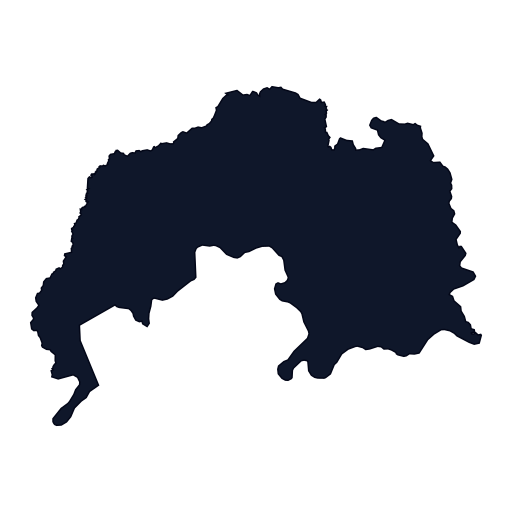 outline of Talensi, Upper East, Ghana
{"feature_id": "2480657B26285365473669", "entity_name": "Talensi", "entity_type": "district", "adm_level": 2, "iso_a3": "GHA", "parent_name": "Ghana", "parent_adm1": "Upper East", "projection": "albers", "projection_center": [-0.74, 10.642], "detail": "fine", "context": "isolated", "style": "filled", "palette": "ink", "viewbox_px": 512, "rotation_deg": 0, "n_neighbors": 0, "source": "geoboundaries", "source_scale": "gbopen_adm2", "svg_char_len": 5951}
<svg xmlns="http://www.w3.org/2000/svg" viewBox="0 0 512 512"><path d="M43.7,281.9L43.3,285.5L41.3,288.1L41.7,290.3L39.5,293.2L37.5,293.5L35.7,297.8L36.2,301.3L38.9,305.3L37.1,307.9L32.2,312.4L32.0,315.3L33.6,318.0L33.4,319.4L30.7,322.6L31.7,328.9L33.8,330.6L36.6,330.4L37.7,331.4L38.5,335.5L40.2,337.6L42.2,343.1L41.7,345.6L42.5,347.1L46.5,349.3L50.2,349.7L51.1,351.4L55.3,354.8L55.2,360.7L55.9,363.2L54.5,364.3L53.1,366.5L52.9,368.1L52.1,368.6L53.2,369.9L51.2,370.8L52.3,374.7L51.8,376.8L58.2,378.9L73.2,374.8L77.6,377.3L79.8,381.9L79.6,384.8L75.7,389.7L73.9,394.4L69.6,401.5L67.9,403.5L61.2,408.4L53.0,418.7L53.0,421.7L53.7,423.1L54.6,424.4L56.5,425.3L61.3,425.0L66.5,421.9L70.7,416.7L74.4,408.0L81.3,401.0L86.2,397.5L89.5,391.5L98.5,385.2L80.1,340.6L79.4,325.2L115.0,304.9L116.9,306.6L119.2,307.4L128.8,308.6L131.0,310.4L133.1,313.4L133.6,316.1L135.8,320.1L139.4,321.7L141.9,321.1L142.7,323.8L147.1,326.5L149.2,323.3L148.6,318.9L148.9,313.4L150.8,306.2L151.6,299.9L152.7,298.7L154.5,298.1L162.4,300.1L167.3,299.0L172.7,296.1L177.4,291.2L190.7,280.8L194.0,279.4L195.8,277.3L194.7,252.2L196.1,248.5L197.5,247.1L202.3,245.0L209.7,246.0L213.7,245.2L216.0,245.6L220.2,247.6L226.6,254.3L233.9,257.4L237.3,257.9L240.3,256.6L244.7,252.4L249.0,251.5L256.1,248.0L262.2,246.2L269.3,246.0L272.4,247.9L279.0,255.3L281.9,256.5L283.8,260.1L285.1,270.1L288.3,277.2L288.1,278.5L287.3,280.5L285.0,282.7L280.8,284.0L278.0,282.9L276.0,284.0L274.6,288.8L275.7,294.1L279.8,299.3L282.2,300.8L288.0,301.9L290.3,302.9L296.7,307.6L300.8,311.6L302.0,313.8L303.9,321.9L308.5,331.0L309.1,333.8L307.5,338.4L294.1,351.3L287.9,360.0L283.9,361.6L278.6,366.0L277.8,369.2L278.3,373.8L282.0,378.3L285.3,380.1L288.0,380.3L291.3,378.6L292.0,377.6L292.4,370.3L293.5,368.0L301.2,360.7L304.1,360.1L307.1,360.7L307.9,361.6L308.7,370.8L311.4,375.2L314.7,377.3L317.7,378.0L324.1,378.1L325.5,377.6L330.4,373.9L334.2,364.6L336.7,362.3L341.7,353.9L348.2,349.1L355.4,346.4L357.4,346.1L362.9,347.6L365.7,349.5L369.7,348.9L377.7,346.3L381.3,346.8L383.9,349.0L388.1,348.8L391.4,349.9L395.9,352.4L396.4,353.8L397.9,354.8L403.8,356.3L406.2,355.8L409.4,353.7L414.4,354.0L419.1,353.0L427.7,339.6L434.0,334.0L441.1,329.7L444.5,329.5L450.1,330.8L454.4,333.3L457.0,335.9L469.2,342.3L474.2,344.2L479.2,343.1L481.3,335.3L480.7,334.4L478.1,335.0L475.6,332.7L473.2,334.3L471.6,333.8L471.4,332.8L474.6,332.0L474.2,329.7L471.1,328.8L470.4,324.8L468.2,322.4L465.7,321.7L464.3,316.4L461.1,311.1L460.6,306.7L454.0,300.9L452.5,296.4L449.2,294.6L450.0,292.5L453.7,289.0L463.0,285.8L473.9,279.5L475.5,276.2L473.1,272.0L461.4,268.0L459.6,265.7L460.2,261.7L465.2,255.5L465.8,253.3L461.3,246.5L460.0,246.4L458.9,247.9L457.3,244.9L456.0,239.4L460.2,233.3L460.3,231.5L455.7,225.0L451.8,222.2L452.3,218.1L454.6,213.9L453.8,210.8L450.9,208.5L448.8,203.3L449.3,201.1L451.3,198.6L451.6,196.5L449.8,191.2L451.7,188.7L451.6,185.3L450.5,183.0L451.8,179.4L450.0,172.9L447.6,169.1L445.1,167.0L442.9,166.3L439.9,162.2L433.2,162.6L430.4,160.6L433.7,155.9L427.9,143.9L422.6,139.4L421.8,136.8L422.0,133.2L420.3,127.9L420.5,126.3L417.3,125.3L415.1,123.6L413.3,124.7L407.6,123.3L404.8,124.2L399.0,124.0L391.5,119.6L388.1,120.5L384.8,122.5L383.8,121.6L381.2,121.0L376.4,117.5L375.3,117.7L373.5,118.3L371.7,120.4L369.8,125.2L371.2,127.8L377.5,130.1L378.6,134.8L380.9,137.7L385.0,140.2L381.8,147.5L375.7,148.3L373.3,149.9L363.2,148.5L359.6,149.9L355.8,150.2L355.6,148.5L353.2,144.6L352.3,141.0L346.5,140.4L340.5,138.0L339.6,138.8L337.6,144.1L334.9,146.1L334.8,148.4L333.9,150.1L331.7,149.8L330.9,147.4L329.7,146.4L328.3,147.0L327.9,145.9L329.0,140.4L328.6,139.3L329.9,137.4L328.3,135.8L326.8,132.4L325.5,132.4L325.3,129.0L324.5,127.9L326.4,126.6L324.8,119.1L326.1,117.1L326.1,114.6L325.3,114.5L326.5,113.2L326.1,111.2L327.0,110.3L326.3,110.1L326.7,109.3L325.9,108.2L326.6,106.5L325.2,106.3L325.4,104.6L324.2,102.1L321.4,102.5L320.6,99.9L319.6,99.2L316.1,102.5L311.5,102.5L300.0,98.2L298.0,94.5L295.5,93.0L282.6,89.2L280.9,87.3L278.4,87.8L272.0,86.7L269.7,89.3L267.1,87.8L263.5,89.0L260.5,91.8L259.6,93.8L259.7,96.2L257.7,95.0L256.5,92.9L253.4,91.6L252.6,91.5L249.9,95.6L247.0,94.5L242.9,95.1L237.0,90.5L225.8,93.3L227.9,94.9L226.1,95.5L222.8,98.5L217.9,106.6L216.0,107.7L216.5,110.3L214.5,115.5L213.2,118.3L211.9,119.3L211.5,121.1L209.3,123.6L207.1,124.8L206.5,126.0L201.7,127.8L198.1,127.1L194.8,128.3L192.1,128.3L186.7,133.1L182.9,131.8L181.3,132.6L178.2,135.5L177.8,138.5L173.6,141.9L173.8,143.0L173.0,143.9L170.0,143.9L166.6,142.9L161.3,143.8L160.9,143.3L158.5,145.9L155.9,147.3L154.6,147.6L154.3,146.7L153.7,146.9L152.3,150.0L150.5,151.0L147.2,149.9L142.2,150.8L140.8,151.7L139.2,150.6L136.1,150.9L134.9,153.1L132.4,152.7L130.3,153.3L127.4,156.3L124.1,154.8L123.5,153.4L120.6,153.0L117.6,150.3L116.1,150.5L116.1,151.6L115.3,151.6L114.4,153.7L110.5,154.4L109.1,156.1L109.5,158.8L108.5,159.6L108.7,160.9L107.4,163.5L107.8,164.4L105.2,166.0L103.4,165.3L102.5,166.1L100.1,165.9L99.2,166.7L99.7,167.3L97.2,169.1L96.6,171.8L95.9,172.6L95.5,172.1L95.2,173.9L94.6,173.7L94.3,174.6L93.1,173.8L92.1,174.9L91.7,174.1L91.3,174.4L91.0,175.7L92.1,176.3L92.1,177.4L90.7,177.8L89.4,176.9L88.0,178.5L87.4,188.2L88.6,188.6L86.8,189.7L87.8,190.8L87.1,192.1L87.7,193.2L86.5,193.5L86.7,194.8L86.0,195.0L86.0,196.0L86.8,195.9L86.6,197.2L85.8,197.5L86.6,198.3L85.1,199.4L86.7,200.4L86.0,201.2L86.5,201.9L88.1,201.9L85.2,206.8L84.5,206.4L83.7,207.4L82.5,207.4L81.5,208.6L81.6,209.5L80.3,209.2L80.7,211.8L80.1,213.0L81.3,214.2L81.0,215.2L78.9,216.8L79.1,217.7L78.2,219.5L77.1,220.1L76.1,223.1L74.5,223.6L75.0,225.3L73.7,226.4L73.8,227.2L71.6,228.5L71.7,229.6L72.6,230.1L71.7,231.2L73.2,234.2L72.1,235.5L71.9,236.8L72.6,238.1L71.8,238.2L71.3,241.3L72.8,242.5L73.2,244.9L72.1,246.2L72.7,246.9L71.3,248.4L71.6,252.3L64.8,253.9L64.5,255.6L66.2,256.9L63.4,261.1L63.8,264.1L62.7,265.3L62.5,267.3L60.3,268.8L59.1,267.9L56.2,269.2L55.7,270.9L53.5,272.3L53.4,273.5L52.0,274.0L50.1,278.0L46.4,278.6L43.7,281.9Z" fill="#0f172a" stroke="#020617" stroke-width="1.5"/></svg>